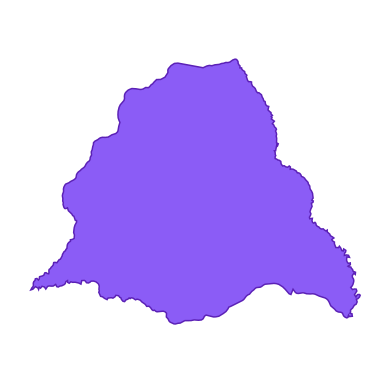 Canabrava do Norte, Mato Grosso, Brazil, rotated 178°
{"feature_id": "56859067B45377841308252", "entity_name": "Canabrava do Norte", "entity_type": "district", "adm_level": 2, "iso_a3": "BRA", "parent_name": "Brazil", "parent_adm1": "Mato Grosso", "projection": "robinson", "projection_center": [-51.832, -11.229], "detail": "fine", "context": "isolated", "style": "filled", "palette": "violet", "viewbox_px": 384, "rotation_deg": 178, "n_neighbors": 0, "source": "geoboundaries", "source_scale": "gbopen_adm2", "svg_char_len": 5875}
<svg xmlns="http://www.w3.org/2000/svg" viewBox="0 0 384 384"><g transform="rotate(178 192 192)"><path d="M356.5,99.8L354.4,100.4L351.8,102.9L349.3,101.4L348.7,99.9L348.0,102.2L346.7,101.2L345.2,103.0L342.8,102.2L341.5,100.1L339.6,102.7L338.3,103.1L335.2,102.8L333.8,102.9L331.5,104.4L330.4,102.1L329.0,101.7L327.3,102.6L325.4,102.8L322.6,104.1L321.8,105.1L321.1,106.9L319.5,107.8L319.4,106.0L317.9,105.1L316.2,106.5L314.6,105.9L311.9,105.9L308.4,105.0L306.2,103.8L305.3,107.3L302.7,107.4L301.7,106.7L300.6,105.0L298.7,104.7L297.1,105.4L296.0,106.4L293.4,106.4L291.2,105.6L289.5,104.2L288.6,103.2L288.0,101.2L288.4,98.0L288.1,96.3L288.7,95.1L287.0,90.9L285.1,90.4L283.2,88.8L280.6,87.4L279.7,88.9L276.4,89.2L274.7,88.7L272.7,89.9L271.7,91.4L269.0,90.9L267.9,89.3L266.8,88.7L266.3,87.1L264.8,85.2L263.2,84.8L261.5,86.7L260.0,87.0L258.5,88.3L257.6,87.6L256.5,88.4L254.7,88.0L252.2,86.2L250.7,86.8L249.1,86.4L247.4,85.6L245.9,83.8L243.4,82.0L242.5,81.2L241.3,79.3L238.9,79.3L237.5,77.9L236.2,75.8L235.0,74.9L233.6,75.2L232.3,74.0L231.2,73.5L224.9,73.9L223.1,73.2L221.7,71.7L222.0,68.0L220.4,66.1L219.4,63.8L218.4,62.7L214.6,60.8L213.1,60.7L210.5,61.3L208.4,61.4L203.6,63.7L197.5,63.5L194.3,64.1L190.0,63.6L187.0,63.8L185.3,64.9L183.8,67.5L182.2,68.5L174.9,66.4L172.6,66.4L169.5,66.9L164.9,69.5L162.2,71.4L160.1,74.0L159.3,75.6L157.0,76.5L145.2,81.9L143.9,82.9L141.4,86.0L140.0,87.1L138.1,87.9L135.8,90.5L133.6,92.1L132.4,93.3L131.0,94.2L127.1,94.5L125.8,95.1L123.7,96.6L122.1,97.3L113.3,97.8L111.0,97.5L108.5,96.7L104.7,94.1L102.3,91.6L98.5,86.9L96.7,86.1L94.4,91.3L92.1,87.9L90.6,87.0L88.8,86.9L85.0,87.4L83.9,87.3L81.0,86.3L77.3,86.0L74.8,86.1L72.6,85.6L68.4,83.5L62.8,81.5L61.3,80.6L59.9,79.2L58.8,77.2L57.3,73.4L53.5,69.9L52.1,68.1L50.0,67.0L47.3,66.6L45.9,65.7L44.8,62.9L43.3,61.5L41.7,60.8L40.6,61.2L39.9,63.4L39.2,62.0L36.1,62.2L36.4,64.8L38.3,65.3L37.7,66.9L37.7,68.4L36.8,69.4L35.7,70.2L33.7,73.2L31.9,74.1L30.8,76.4L31.5,79.1L29.9,79.6L28.3,81.1L27.5,83.0L28.5,83.8L30.0,83.7L30.9,82.9L31.8,81.4L33.2,83.6L30.7,87.3L31.3,89.2L33.2,89.4L35.0,88.9L36.7,91.1L35.4,92.3L34.4,94.0L33.5,96.8L33.4,98.2L33.7,99.5L34.7,101.3L34.7,102.9L33.1,105.1L31.7,103.9L31.4,106.1L33.7,107.1L34.3,109.1L35.3,110.1L35.9,111.5L37.7,111.7L38.7,112.4L36.3,113.8L36.3,115.6L38.3,115.2L39.5,116.9L39.9,118.5L39.7,120.3L39.4,121.7L36.9,121.2L37.8,123.3L39.7,123.7L41.9,123.3L41.6,125.6L40.6,126.6L40.3,128.3L42.4,129.8L43.0,127.8L44.3,128.2L45.4,131.0L46.6,132.7L47.5,131.3L50.2,131.5L51.5,135.3L51.4,137.0L53.4,138.4L53.9,139.7L51.8,141.1L53.0,142.1L55.3,143.6L55.7,145.0L58.2,147.4L58.2,149.2L59.5,148.4L61.0,149.4L62.1,150.6L64.1,150.5L65.6,151.5L66.5,152.7L67.8,153.2L69.0,154.5L69.4,156.5L70.2,157.4L71.4,156.6L72.5,157.3L73.1,159.1L72.6,161.5L75.3,161.2L75.5,162.8L74.4,164.5L73.9,166.1L74.8,168.1L73.9,170.7L72.5,173.4L73.1,176.6L71.5,177.4L71.1,178.8L72.4,179.4L72.0,180.7L71.2,181.6L71.6,186.5L72.5,188.7L73.7,190.6L74.0,191.8L74.1,193.9L75.4,195.9L75.7,197.6L78.2,200.5L79.1,202.0L80.5,203.1L82.0,203.7L82.6,205.4L83.5,206.7L84.7,207.4L86.1,207.5L87.0,209.3L90.0,211.2L91.7,211.5L93.0,211.3L92.8,213.6L93.9,214.6L95.6,213.4L97.4,213.9L98.9,215.0L100.6,214.9L102.0,217.1L102.2,219.5L103.6,220.6L105.3,221.1L106.2,221.9L107.7,222.5L107.7,224.4L107.0,225.4L107.5,226.7L107.5,228.5L108.2,230.3L107.0,230.3L105.6,236.3L104.9,235.2L104.1,237.2L105.8,238.3L105.5,242.8L105.9,244.9L105.4,246.8L105.8,248.5L106.4,250.0L105.4,251.7L105.9,252.9L107.3,254.3L108.0,256.2L109.3,257.4L107.2,259.9L110.2,262.2L109.4,263.5L110.2,264.6L108.9,265.7L110.3,267.3L110.3,268.7L111.5,269.6L113.2,271.4L112.3,274.8L114.1,275.4L115.4,276.9L115.8,279.9L117.1,280.6L117.6,282.7L118.5,284.3L119.2,286.8L121.7,288.9L123.0,288.9L124.1,290.2L125.2,293.2L126.1,294.3L127.8,295.7L128.7,298.0L128.7,299.9L130.1,300.3L131.6,300.3L132.5,301.5L133.7,305.5L133.1,306.8L134.9,308.6L135.2,310.6L136.8,311.7L137.9,312.9L138.1,314.3L139.8,314.4L139.6,316.3L140.5,317.2L141.4,319.0L141.4,320.5L142.0,321.9L143.0,323.0L144.3,323.3L146.5,322.6L149.9,320.4L151.8,320.1L153.6,320.3L155.8,319.6L158.0,319.4L160.3,318.6L164.7,318.3L167.7,317.5L170.3,317.9L172.8,317.4L176.6,315.8L201.6,321.3L205.1,321.1L208.5,319.1L211.3,316.1L211.9,314.7L211.9,312.2L215.0,307.7L219.3,305.6L223.5,305.6L226.3,303.0L227.7,301.3L228.9,300.8L230.9,298.5L232.1,297.8L234.6,298.1L237.4,296.6L239.0,296.3L240.3,296.3L244.4,297.1L248.5,297.5L251.1,296.6L252.5,295.9L254.4,294.2L255.3,293.1L255.9,291.8L256.2,290.1L256.2,287.7L256.8,285.8L260.6,281.7L261.9,279.2L263.0,275.2L263.3,271.9L263.2,268.7L262.4,266.0L261.6,264.1L262.9,260.2L263.8,255.9L264.3,254.7L266.1,253.1L270.0,252.0L273.9,249.8L276.8,249.6L279.6,249.8L281.3,249.5L282.6,248.9L284.2,247.7L287.4,246.1L288.7,244.7L288.9,242.7L289.6,240.9L290.3,237.7L291.3,235.6L291.1,232.5L292.4,230.3L292.8,227.9L293.5,226.7L295.4,225.4L296.7,223.9L298.1,221.4L299.1,220.3L301.8,218.5L302.7,217.5L304.9,216.0L306.1,214.6L306.8,213.4L307.4,210.4L308.2,209.4L309.8,208.2L313.1,206.7L314.6,205.6L318.0,204.3L318.8,203.3L319.9,201.3L320.4,199.4L320.3,197.7L320.5,196.4L321.3,194.5L321.7,192.7L321.3,189.9L321.5,187.5L321.0,185.8L321.3,184.0L320.6,181.3L319.8,180.0L318.7,179.8L317.0,180.5L316.2,177.6L312.8,174.1L312.1,172.6L310.9,171.9L309.6,167.7L308.4,167.5L308.4,165.9L310.1,163.0L310.9,160.7L311.3,158.4L311.7,155.6L311.0,153.2L311.4,149.7L313.2,148.8L315.2,148.5L315.2,147.0L316.9,145.9L317.9,144.7L318.5,143.4L319.0,140.0L320.0,139.0L320.6,137.7L321.9,136.9L323.6,134.2L324.0,132.6L325.9,129.4L327.1,129.1L329.5,126.0L331.4,126.5L332.7,126.3L333.2,124.0L334.4,122.5L335.4,121.7L336.2,120.4L337.5,119.6L337.8,118.2L337.7,116.7L338.1,115.3L339.5,115.6L340.7,116.5L342.0,116.3L342.9,114.2L344.2,113.4L347.3,112.7L347.8,110.2L348.6,109.4L350.0,111.0L351.6,110.7L352.0,109.1L353.2,108.0L353.8,106.5L353.8,103.9L354.4,102.8L355.3,101.9L356.5,99.8Z" fill="#8b5cf6" stroke="#5b21b6" stroke-width="1.5"/></g></svg>